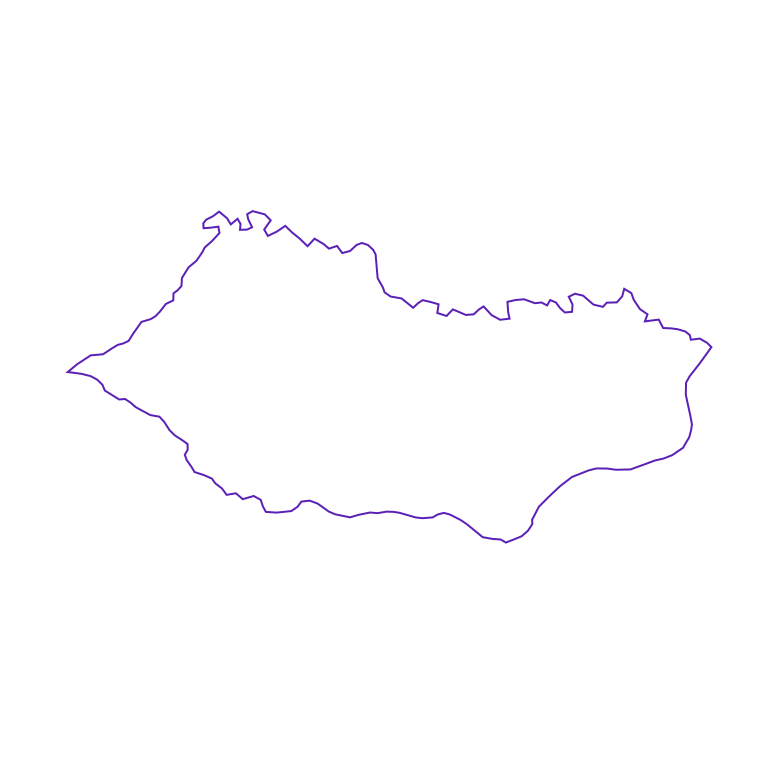 Alvorada do Sul, Paraná, Brazil, rotated 105°
{"feature_id": "56859067B67117071353938", "entity_name": "Alvorada do Sul", "entity_type": "district", "adm_level": 2, "iso_a3": "BRA", "parent_name": "Brazil", "parent_adm1": "Paraná", "projection": "equal_earth", "projection_center": [-51.267, -22.816], "detail": "fine", "context": "isolated", "style": "outline", "palette": "violet", "viewbox_px": 768, "rotation_deg": 105, "n_neighbors": 0, "source": "geoboundaries", "source_scale": "gbopen_adm2", "svg_char_len": 2706}
<svg xmlns="http://www.w3.org/2000/svg" viewBox="0 0 768 768"><g transform="rotate(105 384 384)"><path d="M445.8,192.9L437.0,187.4L425.1,178.3L414.5,164.0L410.6,157.0L407.9,146.5L406.8,137.8L402.7,123.7L387.9,102.7L383.6,94.6L378.1,87.2L368.2,78.6L362.3,77.1L356.6,75.4L349.2,75.4L343.3,76.1L335.1,80.0L316.3,89.7L304.5,92.6L297.2,90.7L282.7,84.5L263.7,77.3L260.6,82.6L258.4,90.7L261.8,99.0L257.6,101.3L255.3,106.5L255.1,114.6L256.0,121.3L257.7,128.8L250.7,135.3L253.6,142.4L256.0,148.2L248.5,147.5L245.4,156.2L238.2,164.4L232.2,168.6L229.9,176.6L237.6,176.6L244.9,180.2L247.8,189.9L252.8,192.5L253.1,202.2L247.1,214.6L247.4,222.9L251.9,228.1L258.4,222.5L265.6,221.0L268.1,227.8L265.2,233.4L260.8,239.0L259.9,245.2L265.9,246.8L264.5,253.0L266.9,259.2L265.9,270.5L268.8,278.6L272.7,286.0L282.4,282.7L288.4,279.6L291.9,288.5L289.6,297.9L283.3,307.9L287.4,311.6L293.5,315.4L296.1,322.8L294.1,336.8L302.1,341.2L301.6,350.9L292.9,351.9L292.7,359.3L293.0,368.4L297.0,371.9L302.8,375.6L296.8,389.1L297.8,400.2L295.3,407.2L291.2,409.9L287.2,413.8L283.5,417.5L260.9,425.7L257.2,429.2L253.9,435.4L253.5,441.8L256.7,446.4L264.3,451.2L268.3,458.2L262.8,465.1L267.5,472.2L264.5,478.4L261.6,488.7L270.7,493.5L265.5,502.8L261.4,512.0L256.8,520.3L264.5,526.9L271.0,534.5L265.8,539.7L255.2,535.8L251.0,543.0L251.0,555.6L255.4,560.1L260.0,557.8L266.7,552.0L270.3,556.2L272.3,563.0L266.6,564.0L262.3,568.2L269.5,573.3L264.5,578.5L260.2,587.9L266.3,592.7L271.3,598.3L275.6,600.1L280.2,598.6L277.8,591.7L274.9,584.7L280.7,582.0L290.6,587.2L298.5,592.5L303.4,593.5L308.9,595.4L313.7,597.2L321.9,603.0L333.9,606.6L341.7,605.0L346.9,607.6L350.9,610.8L357.8,609.2L363.1,615.4L372.3,619.3L377.8,622.4L381.7,626.1L386.8,634.4L394.0,637.0L400.2,639.3L408.4,641.8L412.3,646.3L415.1,651.3L420.0,656.0L428.0,663.1L432.3,674.8L444.3,685.5L454.3,692.6L452.5,679.0L452.3,669.6L454.0,662.2L457.6,655.8L462.6,651.9L467.5,635.8L465.5,630.2L467.7,623.7L470.6,617.9L472.5,610.2L474.5,601.8L473.7,592.5L477.3,586.7L484.1,579.2L487.7,572.9L490.6,564.0L492.8,558.2L498.5,556.6L503.9,558.1L508.5,554.9L514.0,548.4L518.1,544.2L518.6,534.3L519.9,525.8L523.6,521.3L526.8,513.5L531.8,507.3L527.9,498.8L531.8,490.6L525.9,480.9L527.8,473.1L533.6,469.3L538.1,465.0L536.0,454.4L533.3,447.3L530.7,440.6L524.9,435.7L519.0,433.4L515.9,425.6L516.7,417.2L521.5,404.3L522.5,397.3L521.6,382.3L516.9,374.6L511.8,364.3L510.4,356.8L506.6,348.4L505.1,342.0L504.4,335.8L504.7,318.9L503.7,312.2L500.3,302.5L496.0,298.2L493.0,292.8L493.0,286.6L495.5,274.9L497.9,267.9L506.4,249.1L505.6,239.4L504.0,231.0L505.6,225.2L499.6,217.1L495.5,211.7L488.5,207.0L481.0,204.5L476.7,205.8L462.4,202.6L451.6,196.4L445.8,192.9Z" fill="none" stroke="#5b21b6" stroke-width="2"/></g></svg>